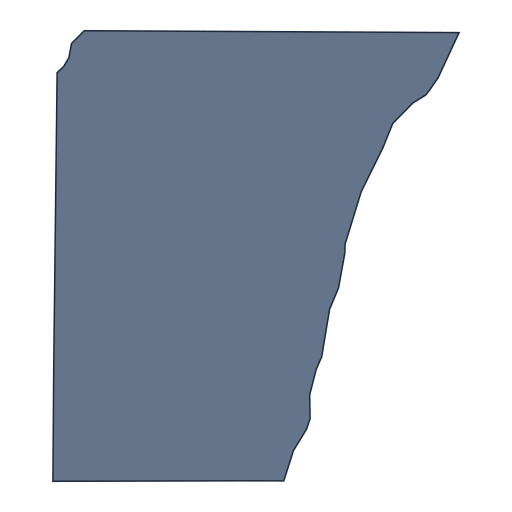 Kewaunee, Wisconsin, United States of America (Robinson projection)
{"feature_id": "52423323B32886155683341", "entity_name": "Kewaunee", "entity_type": "district", "adm_level": 2, "iso_a3": "USA", "parent_name": "United States of America", "parent_adm1": "Wisconsin", "projection": "robinson", "projection_center": [-87.557, 44.502], "detail": "fine", "context": "isolated", "style": "filled", "palette": "slate", "viewbox_px": 512, "rotation_deg": 0, "n_neighbors": 0, "source": "geoboundaries", "source_scale": "gbopen_adm2", "svg_char_len": 450}
<svg xmlns="http://www.w3.org/2000/svg" viewBox="0 0 512 512"><path d="M57.1,72.6L53.7,368.8L52.9,481.3L242.0,480.8L283.8,480.9L293.5,450.5L306.5,429.3L310.1,418.8L309.7,394.8L316.2,369.4L321.7,356.8L329.6,309.3L338.5,288.0L344.9,253.0L345.1,244.1L361.2,191.8L383.0,147.6L392.8,123.4L412.9,103.0L425.9,94.9L429.8,89.8L438.2,77.6L459.1,32.6L84.3,30.7L71.5,43.5L68.9,57.6L63.6,66.6L57.1,72.6Z" fill="#64748b" stroke="#1e293b" stroke-width="1.5"/></svg>